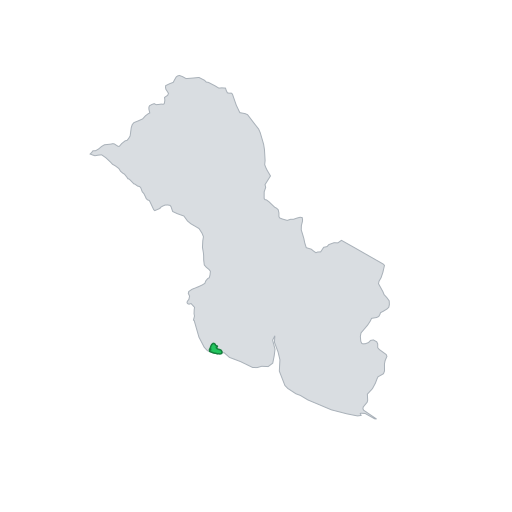 VI-2 East Canje/E.C.Berb, East Berbice-Corentyne, Guyana (highlighted), rotated 158°
{"feature_id": "73187651B18433747523923", "entity_name": "VI-2 East Canje/E.C.Berb", "entity_type": "district", "adm_level": 2, "iso_a3": "GUY", "parent_name": "Guyana", "parent_adm1": "East Berbice-Corentyne", "projection": "robinson", "projection_center": [-57.388, 6.209], "detail": "fine", "context": "in_parent", "style": "filled", "palette": "green", "viewbox_px": 512, "rotation_deg": 158, "n_neighbors": 0, "source": "geoboundaries", "source_scale": "gbopen_adm2", "svg_char_len": 4485}
<svg xmlns="http://www.w3.org/2000/svg" viewBox="0 0 512 512"><g transform="rotate(158 256 256)"><path d="M170.9,238.5L160.9,226.0L150.9,213.3L141.1,200.9L140.4,199.2L144.5,193.3L148.2,189.0L151.3,186.6L152.8,184.5L151.7,175.3L151.7,172.1L150.3,168.5L149.3,164.5L150.5,161.1L152.0,158.8L154.0,157.9L158.6,157.1L161.8,156.8L163.0,155.4L164.9,153.9L167.3,153.8L172.2,154.9L174.4,152.9L178.4,150.1L187.4,145.4L189.4,142.3L190.8,137.6L190.7,135.3L189.8,134.5L187.5,133.7L184.1,133.6L181.4,134.8L178.6,134.2L176.2,131.2L176.1,128.8L177.5,125.4L176.7,123.1L172.2,115.9L172.2,113.9L175.5,110.6L177.3,107.9L179.9,101.3L181.9,99.1L188.1,98.3L189.7,96.9L192.9,93.4L197.7,89.4L204.5,86.2L206.5,80.4L207.7,78.8L213.2,75.8L214.1,74.2L214.0,72.7L205.3,59.7L207.0,60.6L213.8,69.1L217.5,70.9L218.3,71.0L218.3,68.8L221.8,69.7L230.7,75.5L243.7,85.1L261.9,103.2L267.1,110.1L270.6,113.3L276.1,121.2L277.7,125.1L277.5,140.5L272.7,150.8L271.5,158.7L271.2,169.1L268.4,175.0L272.1,171.8L273.3,162.4L276.5,156.7L280.6,150.4L286.1,148.9L292.0,151.6L296.7,152.1L300.9,153.9L309.9,163.9L318.6,171.9L321.7,178.2L331.0,181.4L336.5,186.4L338.2,190.7L339.3,202.1L337.5,219.2L338.0,220.0L335.5,223.4L335.1,225.6L333.4,229.4L332.2,231.4L334.0,236.2L336.1,236.4L336.9,237.0L337.4,237.9L337.3,238.9L336.5,239.8L334.5,240.9L332.6,243.7L332.8,246.7L331.6,248.3L327.8,249.1L320.3,249.1L316.6,249.3L313.7,249.8L311.8,251.8L309.3,253.1L307.4,253.4L305.7,255.7L304.0,258.9L304.6,261.1L306.3,264.1L307.3,267.1L306.0,271.9L304.5,275.7L303.6,278.6L302.4,284.1L299.6,290.1L297.5,293.6L297.5,297.3L298.5,302.7L304.4,310.4L306.4,314.1L307.9,320.1L313.2,324.8L316.6,328.5L316.3,333.5L316.7,335.1L318.8,336.4L321.3,337.3L324.1,337.2L326.6,336.8L327.1,336.1L332.9,336.0L333.5,337.3L333.9,344.5L334.1,347.4L335.5,348.6L336.3,350.4L336.3,352.0L336.6,356.0L337.4,358.1L337.3,362.4L337.9,364.0L339.5,365.1L341.5,368.2L342.2,368.6L342.6,369.6L344.4,374.0L345.2,375.3L345.8,375.5L346.1,377.1L347.3,381.2L348.2,382.2L349.8,385.2L350.4,388.5L352.6,392.2L354.7,394.8L355.7,397.5L358.5,403.5L361.2,407.6L364.8,408.7L367.8,409.3L369.7,410.9L371.6,412.7L369.6,413.5L367.8,414.6L365.3,413.7L361.8,414.2L358.2,415.4L354.9,415.9L348.6,414.1L346.7,413.8L345.4,413.0L342.8,409.3L341.6,408.9L338.3,410.6L334.2,411.8L332.2,411.5L329.9,412.8L327.7,414.5L323.6,421.7L321.5,424.2L319.2,425.4L314.6,425.4L309.7,425.6L306.0,427.4L302.6,428.3L300.9,428.4L300.3,432.3L299.5,434.2L298.4,435.2L295.7,435.5L293.3,435.4L291.9,433.7L289.2,432.9L286.8,432.3L285.2,431.4L284.0,431.6L282.9,433.3L282.1,434.7L281.4,437.3L277.7,438.1L276.2,439.6L277.1,444.4L276.7,446.3L275.9,447.8L271.5,448.1L267.7,448.0L265.6,449.8L262.9,451.9L261.3,452.3L259.4,452.1L256.8,449.7L254.4,446.7L248.1,444.7L242.0,442.9L237.9,438.2L237.0,435.9L235.1,434.8L230.3,429.2L227.6,425.6L224.7,424.7L221.4,423.1L221.6,420.5L221.4,418.0L219.9,417.0L217.9,416.3L217.2,414.9L217.4,411.6L217.8,403.1L217.3,395.0L212.8,392.1L210.9,390.2L207.6,378.2L206.0,372.7L205.9,368.7L207.1,356.7L208.3,351.5L211.8,341.1L213.7,337.5L213.8,334.9L213.6,331.5L212.6,324.8L218.4,320.6L220.9,318.8L221.3,316.0L224.4,312.4L225.8,309.0L226.9,306.3L226.6,304.9L225.3,304.1L223.7,301.5L220.4,294.2L219.1,292.7L218.1,290.6L218.6,287.4L220.0,283.9L219.8,282.4L217.8,280.5L213.7,277.3L210.2,277.1L207.6,276.0L203.7,275.8L200.6,275.4L198.8,274.3L199.2,272.3L199.9,270.8L202.6,267.1L204.3,263.2L204.6,259.3L205.1,254.3L205.9,249.9L206.3,244.9L202.2,241.6L200.8,239.0L199.2,236.6L197.3,236.6L194.5,235.6L190.0,238.7L186.6,238.1L184.2,239.3L178.7,239.1L175.2,237.5L170.9,238.5Z" fill="#d9dde1" stroke="#a8b0b8" stroke-width="1"/><path d="M328.3,191.0L328.8,191.0L329.2,190.8L329.6,190.6L330.1,190.6L330.5,190.3L330.8,190.0L331.2,189.7L331.6,189.3L331.9,189.0L332.5,188.3L332.8,187.9L332.8,187.4L332.9,187.0L332.9,186.5L333.2,186.0L333.6,186.1L333.8,186.6L334.0,186.9L334.3,186.5L334.4,185.9L334.5,185.4L334.7,184.9L333.3,183.5L332.7,183.0L332.3,182.5L331.7,182.1L331.3,181.7L330.7,181.4L330.3,181.1L329.8,180.9L328.8,180.0L328.5,179.7L328.1,179.7L327.7,179.6L327.4,179.4L326.2,178.7L325.8,178.6L324.4,178.5L323.4,179.7L323.5,180.1L323.5,180.7L323.6,181.2L323.7,181.7L324.0,182.1L324.4,182.5L324.8,182.9L325.2,183.2L325.5,183.4L326.0,183.8L326.4,184.2L326.8,184.7L327.0,185.1L327.1,185.5L327.1,186.0L326.8,186.2L326.3,186.2L325.9,186.3L325.6,186.8L325.8,187.2L326.1,187.5L326.6,187.8L326.9,188.3L326.9,188.9L326.9,189.4L327.2,189.8L327.4,190.3L327.7,190.6L328.3,191.0Z" fill="#22c55e" stroke="#15803d" stroke-width="1.5"/></g></svg>